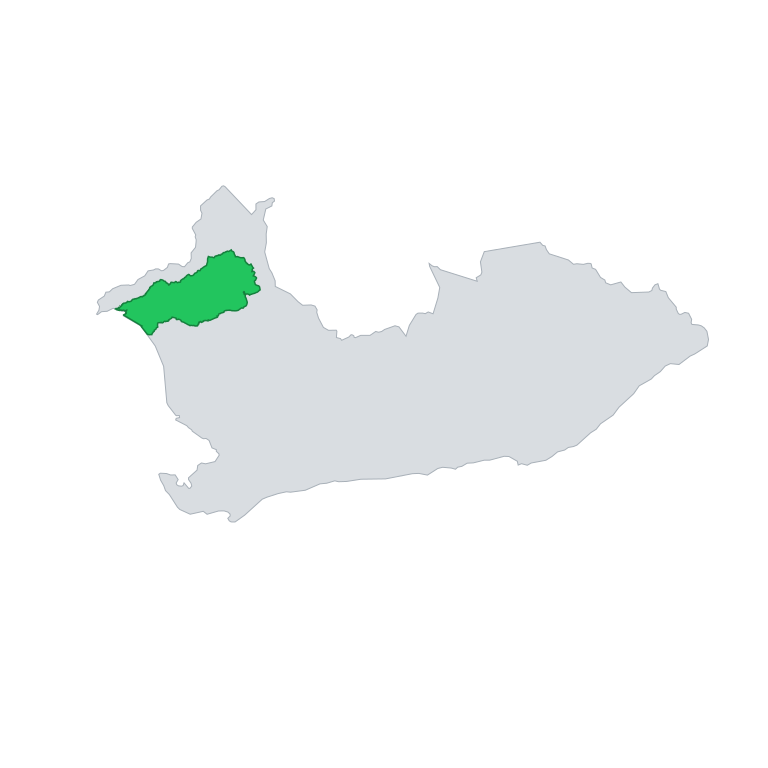 location of Maynas, Loreto, Peru, rotated 287°
{"feature_id": "86281439B40534422566691", "entity_name": "Maynas", "entity_type": "district", "adm_level": 2, "iso_a3": "PER", "parent_name": "Peru", "parent_adm1": "Loreto", "projection": "robinson", "projection_center": [-74.266, -2.675], "detail": "fine", "context": "in_parent", "style": "filled", "palette": "green", "viewbox_px": 768, "rotation_deg": 287, "n_neighbors": 0, "source": "geoboundaries", "source_scale": "gbopen_adm2", "svg_char_len": 9653}
<svg xmlns="http://www.w3.org/2000/svg" viewBox="0 0 768 768"><g transform="rotate(287 384 384)"><path d="M529.4,222.6L529.2,224.7L526.9,225.8L524.7,224.2L521.5,224.7L516.8,219.8L505.5,220.6L500.4,226.3L492.9,227.5L484.7,230.2L475.4,231.3L460.8,240.5L457.5,244.3L450.9,249.7L445.5,251.5L442.8,268.1L437.5,277.9L435.5,283.2L438.3,291.2L438.3,295.2L435.3,298.4L432.9,298.7L427.9,302.1L420.4,309.5L419.1,315.2L421.5,322.6L420.7,323.5L414.5,324.9L414.7,329.1L413.4,330.7L418.6,336.6L421.5,338.1L421.7,339.6L421.2,341.1L420.0,341.7L419.9,343.1L423.7,347.5L426.4,356.4L431.8,360.7L431.9,363.6L433.5,366.4L436.3,368.6L442.9,377.5L443.0,381.6L436.1,391.1L447.5,391.1L459.9,394.3L461.7,395.8L463.1,400.1L463.3,402.9L465.8,405.2L465.5,410.4L482.0,410.4L492.6,409.1L509.8,393.3L512.5,391.9L511.1,395.4L510.9,397.9L511.8,400.6L509.8,404.5L509.5,443.1L512.6,441.1L516.6,444.7L519.6,444.9L529.0,440.5L539.9,441.2L565.2,491.7L563.0,495.2L563.1,497.7L560.0,500.0L556.8,504.0L556.5,524.1L553.9,530.2L555.4,533.3L556.7,539.7L559.0,543.6L559.6,546.0L559.4,547.0L555.8,549.1L555.5,552.8L549.2,559.9L548.0,564.8L545.6,566.4L545.1,571.8L550.8,580.7L547.1,586.0L543.7,593.9L549.4,610.4L551.7,612.8L554.2,612.7L558.0,614.1L560.0,616.6L555.3,619.7L554.5,621.1L554.8,626.5L549.7,630.6L542.9,641.0L541.0,641.6L537.6,644.7L537.0,646.2L537.5,647.7L540.4,650.8L540.7,654.6L535.8,659.3L532.3,659.8L531.0,661.1L532.4,667.5L532.4,670.4L531.3,673.8L528.8,677.4L521.5,681.3L514.9,682.0L503.6,672.4L500.1,668.5L488.9,660.4L487.2,651.9L483.4,647.7L476.6,644.6L471.1,640.2L467.0,638.2L456.9,628.6L447.7,625.6L430.5,615.5L421.2,612.2L409.3,602.7L402.8,600.2L397.7,595.8L382.0,586.4L379.6,583.5L377.2,578.8L373.7,576.1L369.8,569.8L364.0,566.0L358.4,561.1L351.5,547.9L348.2,544.8L348.0,538.8L345.7,536.0L349.1,534.1L351.2,524.7L350.0,520.0L342.1,507.4L340.5,502.2L334.7,492.5L332.6,486.7L328.0,482.5L326.0,478.8L323.4,477.3L323.3,472.9L321.5,464.4L318.9,460.1L309.6,452.2L308.7,443.5L306.6,437.5L293.7,413.2L286.2,389.8L279.9,376.8L277.3,369.2L277.0,365.2L272.4,358.3L269.8,352.0L259.4,339.8L253.2,326.2L252.4,322.2L248.2,314.7L241.5,305.1L238.2,301.2L218.0,289.2L208.5,281.9L207.4,278.1L207.9,276.0L209.9,273.9L212.8,275.5L214.6,274.8L215.9,272.2L215.9,268.1L214.2,262.9L207.7,252.9L209.4,248.4L202.8,236.7L204.3,225.4L205.8,222.5L215.5,211.1L218.2,206.2L222.4,203.1L226.7,198.5L231.8,195.0L233.3,196.2L234.8,202.3L234.6,206.4L236.0,210.9L232.4,215.1L228.6,214.2L227.1,215.2L226.5,217.2L227.1,220.3L228.1,221.6L231.0,221.7L227.1,227.7L227.4,228.9L230.2,230.0L232.7,228.5L235.5,225.0L237.2,224.5L247.0,230.4L251.6,229.7L255.1,232.5L255.5,236.7L260.4,245.1L267.7,247.2L269.0,246.5L270.6,243.3L272.2,242.9L272.6,238.2L278.9,233.2L279.9,229.8L278.9,227.4L279.1,225.5L282.8,214.5L284.0,213.4L285.1,209.8L286.5,207.6L288.7,195.3L290.4,195.3L292.1,198.3L294.0,197.5L293.0,194.7L293.3,193.8L300.3,183.9L302.6,181.8L336.5,168.1L353.5,154.1L368.4,134.5L373.0,114.8L374.8,116.2L377.6,115.7L376.6,107.7L377.3,103.9L377.2,102.8L372.6,98.0L370.6,92.8L366.6,89.8L366.8,88.7L371.1,89.8L375.0,89.3L378.3,86.0L380.8,86.3L386.3,90.8L390.5,91.2L391.8,94.4L395.8,96.7L401.5,103.6L404.1,111.0L403.9,112.4L406.4,116.3L412.0,118.2L417.5,123.6L423.2,125.3L425.7,130.3L427.3,131.9L428.1,134.7L427.2,138.0L428.0,139.8L432.2,142.8L435.8,142.9L436.6,144.3L438.6,152.4L437.3,156.6L437.8,158.9L442.6,160.9L444.0,162.6L447.7,163.0L453.0,161.2L459.6,163.8L464.7,162.8L467.1,162.2L469.5,160.4L471.5,160.4L476.7,155.2L478.1,154.8L483.7,157.1L488.3,160.7L494.1,160.0L496.5,157.8L500.7,156.5L508.2,160.9L509.9,163.0L511.9,163.4L520.0,167.8L521.5,169.5L525.7,171.2L526.6,172.6L526.3,174.2L507.3,207.8L513.2,210.6L518.7,208.9L521.5,211.1L523.6,216.5L527.9,220.2L529.4,222.6Z" fill="#d9dde1" stroke="#a8b0b8" stroke-width="1"/><path d="M429.7,229.4L430.1,229.9L430.4,230.0L430.8,230.4L431.1,231.1L431.8,231.9L433.0,233.9L433.9,234.7L434.5,235.7L436.0,236.9L437.0,237.2L437.3,237.7L437.8,238.0L440.5,236.6L441.2,235.5L441.2,232.9L441.5,232.2L442.0,231.4L442.9,231.0L443.5,230.4L444.1,230.1L444.9,230.1L445.6,230.8L446.3,230.7L447.3,231.1L448.1,231.1L448.5,230.8L449.0,229.4L449.2,228.4L449.2,227.4L451.7,227.9L452.8,227.9L453.6,226.5L452.9,224.8L454.3,224.8L454.8,224.5L455.5,224.5L456.7,225.3L457.1,224.5L459.8,221.7L458.6,220.8L458.4,220.3L458.7,218.8L459.2,218.2L459.1,217.9L459.4,217.7L459.6,216.8L459.9,216.6L460.1,216.2L460.8,215.6L461.0,215.1L461.3,215.1L461.6,214.8L462.2,214.7L463.0,214.0L463.7,213.1L463.7,212.3L463.3,211.7L462.8,209.5L463.0,206.5L462.7,206.1L462.3,204.7L462.9,204.5L463.1,204.2L464.6,202.8L466.0,202.0L466.5,201.1L466.5,200.2L466.7,199.6L467.6,198.7L465.5,197.0L465.3,196.7L465.3,195.5L464.7,194.7L464.2,194.4L464.2,194.1L464.0,193.9L463.1,193.2L463.0,192.7L462.6,191.9L461.3,191.5L461.0,191.3L460.6,190.4L460.3,190.4L459.3,189.9L459.1,189.3L459.3,188.8L459.0,188.5L459.0,188.1L458.6,188.0L457.9,186.7L457.6,186.7L457.4,186.4L457.2,185.6L456.7,185.1L455.1,184.6L455.0,184.0L455.1,182.6L454.5,180.7L454.6,178.8L452.2,178.7L449.0,179.6L447.7,179.5L445.4,179.6L444.1,178.2L442.8,177.1L441.8,176.5L440.4,175.2L440.0,175.1L439.0,175.1L438.6,174.9L438.4,174.4L438.3,173.2L438.1,172.9L437.5,172.6L436.8,172.7L436.3,172.5L435.3,171.7L434.5,170.6L432.8,170.1L431.9,169.5L431.1,168.0L430.9,167.2L431.1,166.6L431.6,165.9L431.7,165.2L430.6,164.1L429.5,163.4L428.5,163.2L427.4,162.1L426.1,161.8L425.7,160.9L424.0,159.6L423.1,159.2L422.8,159.3L422.3,159.6L421.8,159.4L421.5,158.8L421.2,157.6L420.7,157.2L420.5,156.7L420.6,156.3L421.1,155.3L421.1,154.9L420.6,154.4L419.8,154.1L419.6,153.8L419.1,150.7L418.8,150.5L417.4,150.4L417.0,150.1L416.8,149.7L416.5,149.7L416.3,149.5L416.1,149.6L415.7,149.3L415.8,149.1L416.4,148.8L416.7,147.9L416.9,147.7L417.1,147.1L416.9,146.6L417.0,146.3L417.5,145.9L417.7,145.4L418.2,144.9L418.1,144.1L418.2,143.3L418.7,142.1L418.6,140.0L417.9,139.4L416.7,139.4L416.5,139.1L416.5,138.9L416.2,138.6L416.1,138.3L415.7,137.3L415.4,137.1L415.2,136.9L415.2,136.4L414.6,136.4L414.2,136.2L413.6,135.2L413.5,134.5L413.3,134.3L412.6,134.4L411.0,134.2L410.1,133.6L409.2,132.6L408.5,132.4L408.2,132.0L407.9,131.8L407.5,131.8L407.1,132.1L406.1,131.7L405.3,131.4L404.8,131.5L404.2,131.0L403.5,130.8L401.9,130.1L401.6,130.2L401.2,129.9L401.1,130.2L400.8,130.2L400.7,130.0L400.2,129.5L399.8,129.6L399.3,129.6L398.7,128.7L397.9,128.5L397.7,127.9L397.3,127.8L396.6,127.2L396.7,126.3L396.2,125.5L395.8,125.1L395.1,124.8L395.0,124.3L393.8,123.1L393.5,122.4L393.1,122.2L392.8,120.9L392.3,120.7L391.7,119.1L391.0,118.9L390.7,118.4L390.1,118.3L389.1,117.9L388.9,117.3L388.5,116.9L388.1,116.1L388.0,114.6L387.4,114.6L386.9,113.9L386.6,113.7L386.1,113.6L385.1,111.3L384.3,110.8L384.0,110.8L384.0,110.6L383.8,110.6L383.5,110.7L383.1,110.1L382.3,110.2L381.8,110.0L381.1,109.5L380.9,109.3L381.0,109.1L380.7,109.2L379.2,108.7L379.1,108.4L379.0,108.2L379.4,108.1L379.5,107.8L378.8,107.6L378.2,107.1L378.1,106.9L378.2,106.6L377.8,106.0L378.0,106.0L378.1,105.7L378.0,105.8L377.9,105.6L377.7,105.5L377.6,105.8L377.4,105.6L377.4,106.0L376.9,106.4L377.2,106.9L377.6,107.3L377.2,107.7L376.9,108.0L377.0,109.0L377.6,109.5L377.2,110.0L377.9,110.7L377.9,111.0L377.6,111.8L377.8,112.2L378.4,112.9L378.5,114.0L378.4,114.3L378.1,114.7L378.2,115.3L379.0,115.8L379.4,116.3L378.9,116.4L378.7,116.2L376.9,116.2L376.5,116.6L376.5,116.8L376.1,116.8L375.8,116.4L375.5,116.4L374.6,115.4L374.1,114.9L373.9,114.8L373.7,115.0L369.3,132.9L369.1,133.5L368.7,135.5L368.4,135.3L368.0,135.1L362.4,143.1L362.4,144.9L363.2,146.9L363.3,147.5L364.7,147.6L365.7,148.0L366.1,148.0L367.2,148.8L368.4,148.6L369.4,149.7L369.9,149.8L371.0,149.9L371.4,150.0L372.0,150.9L372.2,151.0L373.0,150.7L373.6,150.3L374.5,150.2L375.1,149.9L376.2,149.9L376.5,150.1L377.0,151.2L377.1,151.9L377.5,152.4L377.4,152.8L377.8,153.1L377.6,153.6L377.7,154.2L377.9,154.3L378.3,154.9L379.2,155.2L379.9,155.9L380.0,156.2L379.8,156.5L379.8,156.9L380.3,157.5L380.9,159.1L381.6,159.6L381.8,159.2L382.4,159.3L384.3,161.2L385.3,161.8L385.8,161.7L386.0,161.8L385.9,162.3L386.1,163.1L386.1,163.8L386.2,164.7L386.1,166.1L385.3,166.3L385.0,166.6L385.0,166.9L385.4,167.9L385.6,168.2L385.9,168.4L385.8,169.1L386.0,169.8L385.6,170.8L385.5,171.3L385.2,171.6L384.8,171.7L384.5,172.1L384.5,174.7L384.2,175.5L384.0,176.8L383.4,179.4L383.5,179.8L383.1,181.1L383.2,181.7L383.5,181.9L383.7,182.3L383.8,183.3L384.0,184.3L384.4,184.8L384.2,185.6L384.5,185.9L384.3,186.6L384.5,187.3L384.8,187.7L384.8,188.0L385.0,188.2L385.1,188.6L385.4,188.6L385.7,188.8L386.0,188.7L386.4,188.9L387.0,188.8L387.3,188.9L387.4,189.1L387.5,189.0L387.9,189.2L388.4,188.9L388.8,189.2L388.8,189.4L388.9,189.6L389.2,189.6L389.3,189.4L389.5,189.7L389.9,190.0L390.1,190.3L389.7,190.8L389.7,191.1L389.6,191.5L390.0,191.7L390.0,192.0L390.5,192.4L391.1,192.6L391.1,193.0L391.4,193.0L391.9,193.2L392.0,193.9L392.2,194.2L392.5,194.3L392.4,194.6L392.7,195.2L392.7,195.8L393.0,196.5L392.8,197.1L392.9,197.3L393.6,197.0L394.0,197.5L393.9,197.7L393.8,198.4L394.0,198.9L397.6,203.0L399.0,205.0L399.4,205.2L400.0,204.6L400.1,205.0L400.3,205.3L401.1,205.4L401.3,205.6L401.7,205.7L401.8,205.6L402.6,205.6L402.9,205.7L403.1,205.9L403.6,207.1L404.5,207.6L404.8,208.4L405.5,209.5L406.1,210.0L406.6,209.8L407.4,210.3L408.2,211.4L408.1,211.6L408.5,212.2L409.0,213.6L409.2,213.9L409.3,214.7L409.6,214.9L409.6,216.9L410.6,220.7L411.1,221.8L411.8,223.0L415.1,225.5L415.3,226.9L415.5,227.2L416.0,227.4L416.9,227.6L418.3,229.2L419.4,229.5L420.8,229.5L421.9,229.4L422.4,229.2L425.2,227.3L426.1,226.6L426.6,225.9L428.4,225.4L428.7,224.9L428.8,224.2L429.7,223.7L430.7,222.7L431.4,223.1L431.4,223.3L430.0,224.3L429.5,224.9L429.3,225.3L430.1,226.7L430.2,227.3L430.1,228.3L430.2,228.8L429.7,229.4Z" fill="#22c55e" stroke="#15803d" stroke-width="1.5"/></g></svg>